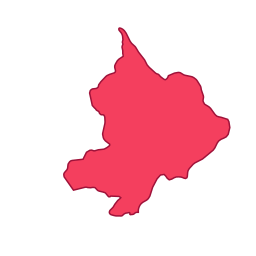 the border of Táchira, rotated 225°
{"feature_id": "VEN-28", "entity_name": "Táchira", "entity_type": "State", "adm_level": 1, "iso_a3": "VEN", "parent_name": "Venezuela", "parent_adm1": "", "projection": "albers", "projection_center": [-71.957, 7.987], "detail": "fine", "context": "isolated", "style": "filled", "palette": "rose", "viewbox_px": 256, "rotation_deg": 225, "n_neighbors": 0, "source": "natural_earth", "source_scale": "10m", "svg_char_len": 3117}
<svg xmlns="http://www.w3.org/2000/svg" viewBox="0 0 256 256"><g transform="rotate(225 128 128)"><path d="M69.6,120.7L71.8,117.7L71.5,112.6L68.7,103.6L64.4,95.3L63.7,92.4L63.8,90.3L65.0,85.9L65.2,83.8L64.9,81.6L64.0,79.3L62.7,77.3L61.2,75.8L61.1,75.7L61.9,74.9L62.7,73.8L63.0,72.4L63.0,71.6L63.2,70.9L63.5,70.3L64.7,68.8L65.1,68.4L65.6,68.3L66.6,69.2L67.2,69.2L69.3,66.3L69.6,65.7L69.8,65.0L70.0,64.3L70.1,61.9L70.4,61.3L70.8,60.8L71.1,60.5L71.9,59.8L74.4,57.3L76.0,56.2L78.7,54.7L79.3,54.6L80.0,54.5L81.1,54.8L81.8,55.4L82.4,56.6L82.5,57.6L82.5,61.2L82.8,62.6L83.4,64.8L84.0,69.5L83.7,72.8L83.8,73.6L84.7,73.5L85.9,73.3L92.0,67.7L92.1,66.7L92.4,66.3L92.9,65.8L93.8,65.7L97.8,66.1L98.5,66.0L100.3,65.1L103.4,63.2L104.2,62.8L105.0,62.5L105.8,62.4L108.3,62.5L109.1,62.5L109.9,62.0L110.9,61.1L112.3,59.2L114.5,57.3L115.2,57.0L115.5,56.8L116.3,56.0L122.6,45.5L138.6,48.3L139.3,48.8L140.3,49.5L140.9,50.2L141.2,50.9L141.4,51.6L141.7,55.6L142.0,56.2L142.3,56.9L144.6,59.8L144.8,60.1L144.9,60.4L145.4,62.8L145.2,64.4L144.5,65.6L137.7,74.1L140.2,81.5L139.2,85.3L138.7,85.9L138.0,86.7L136.0,87.7L135.3,88.5L133.6,91.6L130.3,95.7L129.8,96.6L129.0,99.4L128.7,101.6L128.7,102.2L128.7,102.7L128.9,103.1L129.5,103.6L134.9,102.9L137.5,103.2L138.8,103.8L141.6,105.7L142.1,106.3L147.7,115.1L148.9,116.4L152.0,119.2L153.2,119.8L154.2,120.0L154.8,119.8L155.3,119.4L155.8,118.9L156.4,118.4L157.2,118.2L158.7,118.3L159.9,118.9L160.7,118.9L162.1,118.5L163.0,118.3L164.8,118.6L165.8,118.5L169.2,118.7L179.9,125.6L181.1,127.7L181.2,128.3L180.9,130.3L178.3,133.7L178.0,135.6L178.2,136.2L179.3,137.9L179.9,141.5L180.1,148.8L179.9,150.3L178.9,153.0L176.7,157.3L176.6,158.2L176.8,159.0L177.2,159.5L177.7,159.9L180.0,161.3L180.4,161.6L180.8,162.0L181.4,162.7L182.1,164.3L183.1,168.0L183.1,170.4L182.1,175.2L182.8,175.9L183.6,176.5L184.3,176.9L184.9,177.5L185.7,178.3L186.7,179.2L189.5,181.0L190.3,182.3L190.8,183.6L192.7,184.7L193.3,185.6L193.9,186.7L196.9,189.2L198.4,190.0L200.1,190.5L203.4,190.8L204.4,191.4L204.8,192.0L204.8,192.4L204.6,192.8L203.7,193.4L202.7,193.8L201.4,194.1L200.4,194.2L199.2,194.2L196.3,193.7L188.1,190.9L186.6,190.6L185.2,190.4L180.7,190.6L179.7,190.5L174.2,189.1L164.5,187.9L159.0,186.1L155.8,185.9L147.2,186.3L145.9,186.7L144.9,187.3L143.4,187.5L141.5,187.3L138.1,187.7L136.7,188.0L135.9,188.4L135.6,188.9L135.5,189.6L135.4,190.4L135.5,191.2L135.9,192.5L136.2,193.1L136.4,193.6L134.0,199.6L131.8,202.8L131.0,203.5L130.2,204.0L129.6,204.2L126.6,204.9L125.3,205.4L119.8,209.0L118.5,209.7L116.7,210.2L114.0,210.5L112.4,210.3L106.4,208.9L105.2,208.3L103.1,206.8L97.6,204.1L96.5,203.3L96.1,202.8L94.6,200.7L93.4,199.8L90.7,199.0L85.8,200.2L83.5,200.3L76.2,199.1L74.7,199.1L73.5,199.2L72.9,199.5L71.7,200.1L69.6,201.5L63.6,204.6L61.1,203.8L56.3,200.3L52.7,194.4L52.3,191.3L53.1,188.6L54.2,185.9L54.7,183.0L54.3,180.5L52.5,175.3L52.1,172.6L53.4,158.8L56.0,150.7L56.3,148.4L56.0,142.7L55.4,140.4L54.5,138.9L51.8,135.7L51.2,134.5L51.6,133.0L52.8,132.2L54.3,131.6L55.7,130.9L57.6,129.3L59.2,127.6L60.2,125.5L60.9,122.9L62.2,120.5L64.6,120.2L67.4,120.7L69.6,120.7Z" fill="#f43f5e" stroke="#9f1239" stroke-width="1.5"/></g></svg>